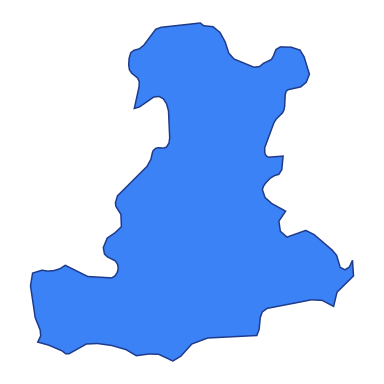 the Province of Padova
{"feature_id": "ITA-5463", "entity_name": "Padova", "entity_type": "Province", "adm_level": 1, "iso_a3": "ITA", "parent_name": "Italy", "parent_adm1": "", "projection": "mercator", "projection_center": [11.814, 45.393], "detail": "fine", "context": "isolated", "style": "filled", "palette": "blue", "viewbox_px": 384, "rotation_deg": 0, "n_neighbors": 0, "source": "natural_earth", "source_scale": "10m", "svg_char_len": 1755}
<svg xmlns="http://www.w3.org/2000/svg" viewBox="0 0 384 384"><path d="M332.3,250.2L336.6,255.4L340.2,267.4L345.0,269.8L349.4,267.0L352.5,260.3L353.5,275.9L337.0,292.2L333.6,306.4L322.2,300.4L311.4,299.8L267.1,308.4L262.2,312.0L260.3,317.5L259.1,329.4L256.8,335.5L207.6,338.0L191.8,344.0L181.0,356.0L172.9,361.0L158.7,354.3L148.9,354.0L136.3,355.7L126.0,349.6L111.8,345.5L97.4,343.5L86.4,344.0L69.1,353.7L65.8,353.8L61.9,350.8L48.6,345.1L37.7,342.1L40.7,335.9L40.2,330.2L35.2,317.6L30.5,285.8L32.6,273.1L42.0,270.2L47.7,271.1L53.9,270.6L60.0,268.7L65.3,265.3L87.7,276.5L111.8,277.9L115.0,275.9L117.2,272.5L118.2,268.6L117.7,264.6L115.5,261.0L107.6,257.0L104.5,254.1L103.3,247.6L107.2,238.1L115.0,232.8L121.4,226.7L120.9,214.4L115.9,206.4L115.4,202.9L117.5,195.8L147.0,166.4L150.9,159.3L152.3,153.1L153.2,150.6L155.6,148.4L158.2,147.7L163.7,148.1L166.5,147.0L169.0,143.0L169.7,137.7L168.5,110.8L166.5,103.7L163.4,98.9L159.2,96.5L153.8,97.0L139.5,106.9L134.3,108.5L139.0,87.0L139.3,81.6L137.5,77.9L131.6,73.1L129.4,69.7L128.7,64.8L129.1,58.4L130.7,52.9L133.7,50.4L139.4,48.8L143.8,45.2L155.7,29.3L161.0,27.3L200.3,23.0L203.7,25.7L213.0,26.7L220.0,32.5L225.1,41.8L228.8,53.2L234.0,59.0L253.9,67.2L259.7,66.5L263.5,63.3L271.4,59.5L273.3,56.2L276.0,49.5L280.4,46.9L291.2,47.2L300.0,50.1L304.1,56.9L309.4,74.2L306.2,82.3L300.7,86.9L288.1,89.7L286.1,91.3L285.2,94.9L284.6,106.6L283.9,110.1L282.4,113.0L276.5,118.7L273.9,122.8L264.7,147.7L264.8,152.8L265.4,154.5L266.3,155.8L267.4,156.7L268.7,157.2L283.1,156.1L281.8,169.6L278.8,174.4L274.7,175.5L270.2,178.2L265.5,183.2L263.4,186.3L262.4,189.7L265.0,197.5L271.7,203.5L285.6,211.2L278.9,221.1L280.3,231.2L287.0,237.1L305.8,230.4L314.1,234.6L332.3,250.2Z" fill="#3b82f6" stroke="#1e3a8a" stroke-width="1.5"/></svg>